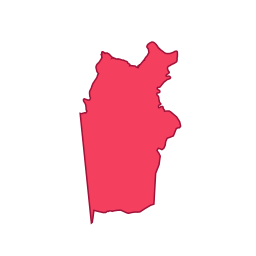 the district of Ibobang, Ngatpang, Palau, rotated 56°
{"feature_id": "81905179B30151450559542", "entity_name": "Ibobang", "entity_type": "district", "adm_level": 2, "iso_a3": "PLW", "parent_name": "Palau", "parent_adm1": "Ngatpang", "projection": "robinson", "projection_center": [134.529, 7.483], "detail": "fine", "context": "isolated", "style": "filled", "palette": "rose", "viewbox_px": 256, "rotation_deg": 56, "n_neighbors": 0, "source": "geoboundaries", "source_scale": "gbopen_adm2", "svg_char_len": 4928}
<svg xmlns="http://www.w3.org/2000/svg" viewBox="0 0 256 256"><g transform="rotate(56 128 128)"><path d="M104.4,62.5L103.9,62.7L102.8,62.6L102.3,62.5L102.0,62.4L101.6,62.3L100.9,62.1L100.5,61.8L100.1,61.4L99.6,60.8L99.4,60.3L99.5,59.4L99.7,58.3L99.7,57.1L99.8,56.3L99.8,55.6L100.0,54.8L100.2,54.1L100.2,53.0L100.3,52.2L100.3,51.5L100.2,50.8L100.1,50.5L100.0,50.2L99.5,49.8L99.2,49.4L98.8,49.1L98.6,48.9L97.8,48.5L97.0,47.8L96.5,47.2L95.8,46.7L94.9,46.1L94.4,45.7L93.9,45.4L93.4,45.1L92.9,44.8L92.5,44.6L91.9,44.5L91.6,44.7L91.2,45.1L90.7,46.4L90.6,47.2L90.6,48.0L90.4,49.1L90.2,49.8L90.0,50.4L89.8,51.1L89.6,51.7L89.2,52.4L88.7,53.1L88.3,53.8L87.9,54.3L87.5,54.7L87.0,55.2L86.4,55.4L86.1,55.6L85.5,55.9L84.4,56.2L83.5,56.5L82.4,56.9L81.5,57.2L80.6,57.4L79.1,57.7L79.3,57.9L78.5,58.0L77.4,57.9L76.9,58.0L76.4,57.8L75.7,58.0L75.1,58.0L74.6,57.9L74.1,58.1L73.6,58.1L72.9,58.3L71.9,58.6L71.3,58.9L70.8,59.3L70.3,59.8L70.0,60.3L69.9,61.4L69.7,62.5L69.8,63.8L69.8,64.7L70.1,65.0L70.2,65.8L71.1,66.9L71.7,67.1L73.9,67.0L75.0,67.5L77.2,68.5L77.9,70.0L78.8,71.4L78.9,72.1L79.4,74.0L79.9,75.1L80.6,76.3L81.0,76.5L80.6,77.1L81.0,78.1L81.3,79.2L81.5,79.7L81.6,80.2L81.8,80.9L82.0,81.5L82.2,82.1L82.3,83.0L82.0,83.2L82.1,83.7L82.6,83.4L82.8,84.0L82.2,84.5L82.1,84.9L82.5,85.2L82.6,85.6L83.0,85.8L83.2,85.6L83.6,85.6L83.7,85.8L83.2,86.1L82.8,86.3L82.8,86.5L82.6,86.5L82.5,86.8L82.2,87.0L81.9,87.1L81.5,87.1L81.2,87.3L80.7,87.4L80.5,87.6L80.2,88.0L79.7,88.5L79.2,89.2L79.0,89.4L78.5,89.9L78.3,90.3L77.6,90.9L77.4,91.5L77.2,91.2L76.9,91.4L76.7,91.2L76.4,91.0L76.0,91.0L75.1,91.5L74.1,91.9L73.3,91.6L72.8,91.6L71.9,92.0L71.4,92.5L70.8,92.9L69.8,93.4L69.5,93.7L69.2,93.8L69.0,94.3L68.7,94.5L68.0,95.2L67.6,95.5L67.2,95.8L66.8,96.0L66.0,96.7L65.9,97.1L65.5,97.2L65.4,97.7L65.0,97.8L64.9,98.4L64.5,98.7L64.2,99.2L63.7,99.6L63.3,99.6L63.0,100.0L62.5,100.3L62.1,100.8L61.8,100.7L61.6,101.1L61.3,101.1L61.2,101.4L61.1,102.0L60.9,101.6L59.9,101.6L59.3,101.8L58.8,101.9L58.2,102.1L57.8,102.2L57.4,102.1L57.0,102.2L56.5,102.3L56.1,102.4L55.5,102.6L55.2,102.9L54.6,103.2L54.2,103.3L54.0,103.6L53.8,104.0L53.6,104.5L53.6,105.0L53.4,105.3L53.0,105.1L52.9,105.3L52.6,105.4L52.5,105.6L52.2,105.6L51.7,105.7L51.5,106.1L51.1,106.1L50.7,106.2L50.4,106.7L50.5,107.2L50.9,107.2L51.2,107.6L51.1,107.8L51.4,108.1L51.7,108.4L52.0,108.4L52.1,108.7L52.2,109.1L52.6,108.9L52.7,109.2L53.1,109.2L53.4,109.6L53.8,109.6L54.2,109.9L54.9,110.0L54.9,110.4L55.1,110.5L55.3,110.7L55.8,111.7L56.0,111.8L56.1,112.3L56.3,112.6L56.4,112.8L56.4,113.1L56.6,113.3L56.8,113.9L57.0,114.4L57.2,115.0L57.5,115.5L57.5,116.4L57.7,116.8L57.8,117.8L58.0,118.3L58.3,118.9L58.7,119.5L59.2,120.1L59.9,120.7L60.6,121.0L61.5,121.3L62.2,121.5L62.9,121.9L63.6,122.1L64.3,122.2L65.1,122.2L66.2,122.2L66.5,122.1L66.7,122.5L66.8,123.0L67.1,123.5L67.4,123.9L67.7,124.3L68.1,124.7L68.6,125.3L69.0,126.2L69.5,127.3L70.1,128.8L70.3,129.3L70.4,129.7L70.6,130.0L70.8,130.4L70.9,130.8L71.2,131.5L71.5,132.2L71.9,132.8L72.4,133.5L72.7,134.0L73.1,134.5L73.5,135.1L74.1,135.7L74.6,136.4L75.0,137.2L75.3,137.8L75.7,138.5L76.3,139.4L77.0,140.0L77.8,140.5L78.6,141.0L79.2,141.3L80.1,141.8L80.8,142.1L82.0,142.2L82.2,142.5L82.7,142.9L83.0,143.3L83.2,144.2L83.0,144.5L82.8,145.0L82.6,145.4L82.0,145.9L81.4,146.4L80.8,146.8L80.4,147.2L79.9,147.5L79.4,147.8L79.3,148.3L79.3,148.6L79.5,149.0L79.8,149.2L80.1,149.4L80.7,149.7L81.6,149.8L82.4,149.8L82.8,149.8L83.4,149.8L84.1,149.9L85.3,150.2L86.0,150.5L86.7,150.9L87.5,151.2L88.3,151.8L89.7,152.6L90.3,152.4L91.0,152.7L91.3,153.0L91.5,153.4L91.6,154.0L91.9,154.5L91.7,154.7L91.5,155.0L91.2,155.4L91.0,155.7L91.0,156.0L90.9,156.3L90.7,156.7L90.5,157.2L90.4,157.7L90.4,158.1L90.1,158.7L90.0,158.8L89.9,159.0L89.6,159.1L89.2,159.4L89.1,159.5L186.3,211.5L186.2,210.4L184.6,208.9L183.0,207.4L177.2,202.3L180.0,199.8L184.3,195.8L185.6,193.7L185.4,191.9L186.2,190.9L186.4,189.6L187.1,188.6L188.3,187.6L188.7,186.2L190.3,182.8L192.2,179.8L197.8,176.4L199.0,175.2L200.0,172.5L201.5,169.3L203.2,166.9L204.2,165.0L204.3,158.9L204.7,152.4L205.6,149.1L181.0,130.4L175.8,122.8L169.3,117.0L166.0,116.5L162.8,116.6L161.8,114.2L163.2,113.0L164.9,112.0L164.9,109.8L163.2,106.9L160.2,104.2L158.4,101.2L159.0,99.1L159.9,94.8L157.2,90.8L155.5,88.3L155.8,86.5L156.6,85.1L155.9,83.3L151.8,81.7L146.1,81.5L138.8,83.5L136.9,84.4L135.5,86.6L134.5,88.3L133.7,87.9L133.2,87.8L132.4,87.9L131.3,87.8L130.6,87.4L130.2,87.2L129.5,87.3L128.9,88.3L128.7,88.7L128.8,90.3L128.3,91.2L127.3,90.8L126.4,89.8L126.5,89.0L126.7,88.0L126.5,87.3L125.7,87.4L124.8,87.4L124.0,87.4L122.5,86.7L121.4,86.3L119.6,85.3L118.6,85.1L117.7,85.3L116.6,85.4L115.9,85.1L115.4,84.5L115.6,83.6L115.9,83.1L116.2,81.9L115.9,81.5L115.3,81.0L114.4,80.9L113.2,81.6L111.9,81.9L111.4,81.6L110.9,80.8L111.6,79.8L111.9,78.4L110.1,72.7L109.8,68.4L110.5,65.8L110.3,64.9L109.8,64.4L108.3,64.6L107.6,65.4L106.9,66.9L106.1,67.3L105.5,66.8L105.3,65.8L105.4,63.8L105.2,62.9L104.4,62.5Z" fill="#f43f5e" stroke="#9f1239" stroke-width="1.5"/></g></svg>